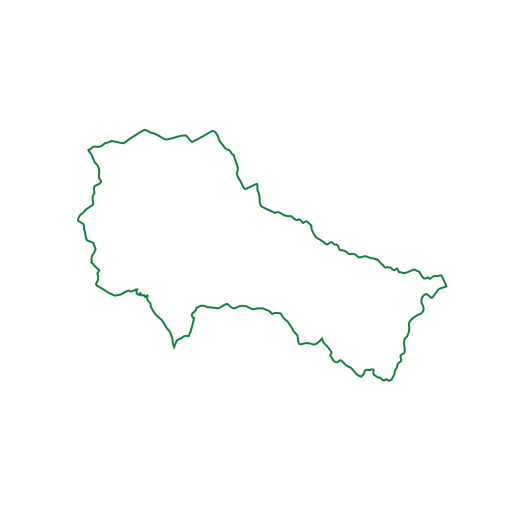 Yen Minh, Hà Giang, Vietnam, rotated 152°
{"feature_id": "81297802B77958779459732", "entity_name": "Yen Minh", "entity_type": "district", "adm_level": 2, "iso_a3": "VNM", "parent_name": "Vietnam", "parent_adm1": "Hà Giang", "projection": "natural_earth1", "projection_center": [105.183, 23.071], "detail": "fine", "context": "isolated", "style": "outline", "palette": "green", "viewbox_px": 512, "rotation_deg": 152, "n_neighbors": 0, "source": "geoboundaries", "source_scale": "gbopen_adm2", "svg_char_len": 6136}
<svg xmlns="http://www.w3.org/2000/svg" viewBox="0 0 512 512"><g transform="rotate(152 256 256)"><path d="M329.4,425.4L329.5,425.2L330.2,425.2L336.4,426.4L338.1,426.2L339.4,425.8L341.4,425.7L343.8,426.3L344.9,426.8L345.8,427.6L347.9,428.7L348.8,428.9L353.0,428.0L353.9,428.3L354.3,428.2L354.4,427.1L354.0,425.4L353.6,422.1L354.4,415.6L354.2,413.5L353.7,411.9L353.4,410.2L353.7,406.6L354.3,405.1L355.6,402.7L357.9,399.0L357.7,395.0L358.0,394.4L358.3,394.0L359.9,393.4L361.3,393.2L363.7,393.5L365.5,393.4L367.0,392.5L367.8,390.9L369.1,387.4L369.5,387.0L371.3,386.1L371.9,385.5L373.4,383.2L375.0,378.9L376.0,377.8L384.3,376.9L388.5,375.3L390.9,375.0L392.3,374.6L394.6,373.1L396.0,371.8L396.5,370.8L396.3,370.2L395.6,368.9L394.3,367.0L393.5,365.3L393.5,363.8L393.7,363.0L394.7,361.5L395.5,359.8L395.5,358.1L397.8,351.2L397.8,350.1L397.7,349.3L396.8,347.9L394.3,345.3L393.6,343.8L393.7,342.5L394.0,341.6L394.1,338.5L394.6,337.1L398.2,334.4L400.4,333.3L401.5,332.3L402.5,331.0L403.6,328.3L404.0,327.9L404.4,327.8L402.7,321.6L401.1,317.0L401.3,316.7L403.9,315.4L404.3,314.9L405.0,311.8L406.0,310.1L406.5,309.3L408.4,307.9L410.5,306.2L410.6,305.7L410.6,305.0L406.7,298.6L404.7,295.0L402.7,291.6L401.2,289.9L400.0,288.0L398.2,286.8L397.3,286.7L394.0,285.6L390.6,285.5L389.2,285.9L387.9,285.6L385.1,285.5L384.7,285.2L384.1,284.2L382.8,283.1L377.5,282.8L376.6,282.3L378.2,280.9L378.7,280.0L378.7,278.3L378.0,277.2L377.3,276.5L376.9,276.3L376.6,276.6L376.2,277.5L375.5,277.4L375.4,277.0L375.7,275.2L375.1,274.6L373.9,274.4L373.1,273.9L373.1,271.9L372.9,271.7L372.5,271.6L371.4,272.1L370.4,272.2L370.4,271.7L371.3,271.0L371.7,270.3L372.4,268.9L372.4,267.8L371.6,264.1L371.6,263.3L372.0,262.3L372.5,261.5L372.7,260.7L372.6,255.1L371.7,250.2L370.5,246.7L369.8,245.3L369.3,243.7L368.6,237.3L368.8,234.8L367.8,230.7L367.7,228.1L368.7,222.0L370.4,217.9L371.1,214.0L370.2,214.7L366.7,217.8L365.0,218.7L363.5,218.8L360.9,218.5L359.6,218.5L358.0,218.9L356.8,218.9L354.5,218.0L353.2,216.8L349.6,219.6L343.8,225.7L340.2,229.8L339.8,230.3L340.5,230.9L340.7,231.6L340.7,232.3L340.2,234.2L339.8,234.7L339.2,235.1L335.5,236.0L334.4,236.5L332.8,238.3L331.4,237.9L329.3,238.1L327.4,237.7L325.9,236.8L324.2,235.4L323.2,233.9L316.7,229.6L314.6,227.8L313.7,227.6L310.5,227.3L307.0,227.7L304.1,227.4L303.4,226.2L302.7,224.0L301.4,221.4L300.4,220.2L298.2,219.7L293.6,219.4L291.7,218.6L288.2,216.2L286.4,213.8L285.1,211.7L283.4,210.4L280.6,209.5L277.6,208.2L274.7,206.7L270.2,201.3L269.0,197.3L268.7,197.1L266.5,197.0L265.8,196.8L261.8,194.3L261.4,194.0L261.1,193.4L261.0,189.4L260.1,186.1L258.8,183.1L258.0,175.3L258.2,172.1L257.0,167.7L256.9,166.8L257.0,165.7L257.8,163.1L258.8,160.6L259.1,158.7L259.1,158.0L258.4,157.3L256.6,156.5L254.6,156.2L253.0,155.8L251.4,154.8L249.3,153.3L246.9,150.9L245.1,150.3L243.2,150.2L238.2,151.4L236.5,152.1L237.0,148.9L236.9,147.6L235.9,143.8L235.4,142.7L234.5,135.8L234.7,135.3L235.1,134.8L236.7,133.9L236.9,133.6L237.1,133.1L236.7,127.1L235.9,125.5L234.9,124.4L233.9,124.0L231.1,124.5L230.5,124.3L229.6,123.3L227.7,117.0L224.7,112.7L223.6,108.5L222.9,105.3L222.1,103.0L221.5,102.1L219.6,100.0L218.5,100.5L216.3,101.1L215.2,102.1L214.3,103.4L212.9,103.9L211.0,103.2L209.0,101.7L206.9,101.6L206.1,101.1L205.7,100.6L205.7,99.9L207.2,98.0L207.6,97.1L207.5,95.4L206.1,92.8L205.0,91.1L203.4,90.2L202.7,87.6L202.4,86.9L201.9,86.4L201.4,86.1L199.3,86.1L198.5,85.9L198.2,84.7L197.4,83.7L196.4,83.3L195.1,83.1L194.4,83.2L193.8,83.5L191.9,85.1L189.7,86.1L187.2,89.4L184.4,91.1L181.2,94.3L179.9,94.7L177.6,95.0L177.1,95.4L176.6,95.9L176.2,97.0L175.9,98.8L175.0,100.3L173.7,100.7L171.6,100.6L170.7,100.8L170.2,101.2L169.5,102.1L168.2,104.5L165.9,110.3L164.1,112.5L163.1,113.2L160.2,114.2L158.9,115.1L156.1,117.9L154.1,121.1L153.3,123.5L152.2,125.0L150.6,126.1L148.8,126.9L146.0,127.6L142.3,128.0L136.9,127.8L135.6,128.2L134.3,128.9L133.2,130.1L132.4,131.5L132.0,133.8L131.9,136.2L131.3,138.3L130.1,140.2L128.3,141.6L126.4,142.5L123.9,142.6L123.3,142.3L122.1,140.1L121.1,137.1L120.7,136.6L120.0,136.5L116.9,137.8L110.8,140.8L109.0,140.9L102.6,139.8L102.1,139.9L101.9,140.5L101.4,151.8L102.9,152.5L105.9,153.3L107.7,154.6L109.6,154.7L112.1,154.3L113.0,154.3L113.6,154.6L114.1,156.3L117.3,156.7L118.2,157.3L118.5,157.9L119.0,160.2L119.3,165.4L119.5,165.9L121.0,167.4L122.0,169.1L123.5,170.1L129.3,170.5L133.3,171.2L135.1,173.0L137.3,174.8L137.5,175.3L137.2,176.7L137.2,178.7L137.5,178.9L139.4,178.4L140.4,178.4L140.8,178.7L141.6,179.8L142.6,182.6L144.7,184.1L145.5,184.6L147.1,184.9L147.4,185.4L147.7,185.9L148.3,188.8L149.2,190.7L149.7,193.4L150.6,196.2L151.7,196.2L152.2,197.6L154.4,199.3L156.5,201.3L159.4,204.5L165.0,206.0L166.3,207.2L167.7,210.9L168.4,211.5L170.4,212.9L171.7,213.3L173.1,214.2L174.5,217.6L174.9,218.2L176.2,219.8L178.8,221.7L179.3,222.4L179.3,223.9L178.9,225.1L178.8,226.2L179.0,227.2L179.4,228.2L181.0,229.0L181.6,230.0L182.5,232.3L183.0,232.7L183.5,233.0L187.6,232.7L188.1,233.0L188.7,233.8L190.1,237.1L191.6,240.0L194.1,244.0L194.4,245.4L194.6,247.7L194.5,252.7L193.9,254.7L193.1,256.3L193.0,257.2L194.0,260.6L194.6,262.1L195.5,263.1L196.0,263.3L198.5,263.0L199.0,263.2L199.3,263.6L199.8,266.5L200.2,267.6L201.0,268.3L202.2,268.2L203.3,268.6L204.0,269.6L205.3,271.9L205.8,274.1L206.4,274.8L209.6,276.5L211.6,278.2L214.6,283.0L215.7,284.2L217.4,285.0L218.9,285.0L219.9,286.5L225.2,293.2L227.7,297.0L227.9,297.4L228.0,298.7L227.5,301.9L225.8,304.9L224.6,308.0L224.0,310.8L223.8,313.3L223.4,314.4L221.2,318.4L221.2,318.8L221.6,319.2L222.6,319.5L234.0,320.0L234.4,320.3L234.7,321.1L234.9,321.9L234.6,328.0L234.9,333.3L234.6,336.2L234.0,338.0L231.8,340.4L230.7,342.4L229.6,347.4L229.2,351.2L228.3,355.2L229.3,357.6L229.7,361.4L230.1,362.2L231.8,363.9L232.5,365.5L233.0,367.3L233.4,370.9L234.1,373.9L234.1,376.4L233.4,380.1L233.6,383.7L233.8,384.5L234.6,385.9L235.9,386.9L252.9,386.5L258.9,386.7L259.7,388.4L260.8,393.7L261.1,394.8L261.5,395.5L265.1,397.1L269.7,398.3L273.9,399.1L278.8,400.3L281.0,401.4L282.4,402.7L285.7,408.4L288.6,412.2L291.2,414.6L292.9,417.3L295.3,419.8L296.8,419.9L311.8,418.8L315.0,418.4L317.0,417.9L319.6,417.7L320.6,418.1L323.2,420.1L329.4,425.4Z" fill="none" stroke="#15803d" stroke-width="2"/></g></svg>